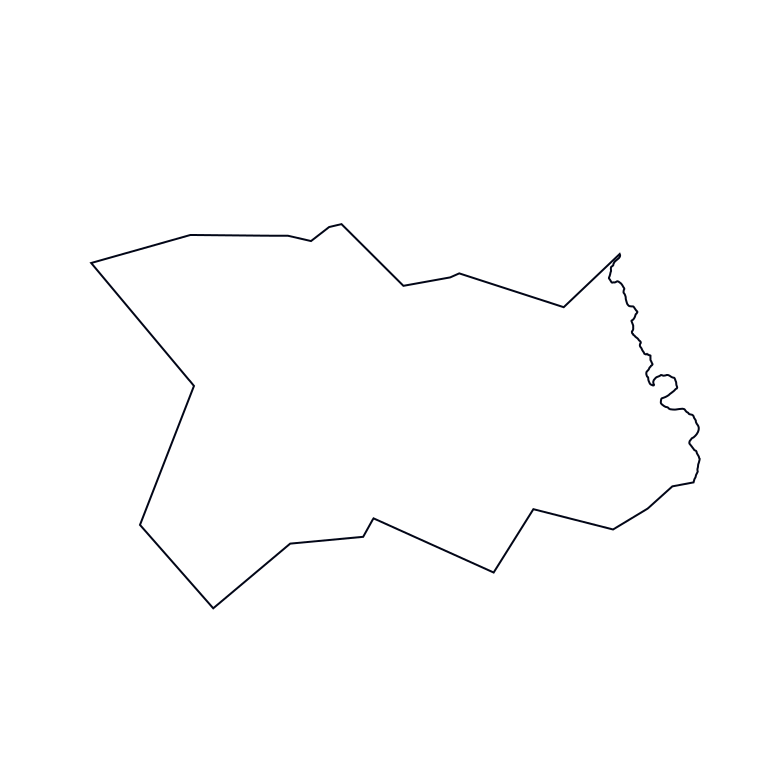 Divisaderos, Sonora, Mexico (Albers equal-area conic projection), rotated 339°
{"feature_id": "50627088B51411213680248", "entity_name": "Divisaderos", "entity_type": "district", "adm_level": 2, "iso_a3": "MEX", "parent_name": "Mexico", "parent_adm1": "Sonora", "projection": "albers", "projection_center": [-109.248, 29.625], "detail": "fine", "context": "isolated", "style": "outline", "palette": "ink", "viewbox_px": 768, "rotation_deg": 339, "n_neighbors": 0, "source": "geoboundaries", "source_scale": "gbopen_adm2", "svg_char_len": 5830}
<svg xmlns="http://www.w3.org/2000/svg" viewBox="0 0 768 768"><g transform="rotate(339 384 384)"><path d="M205.9,317.7L105.7,428.1L144.2,532.2L239.2,499.4L309.8,519.2L324.6,506.8L326.1,505.7L418.8,599.3L478.6,554.4L545.7,601.9L585.5,594.8L616.5,582.9L637.3,586.7L637.7,586.8L639.7,584.1L641.4,582.7L642.7,580.8L644.0,579.6L644.9,578.8L645.5,578.2L645.6,577.4L646.1,575.8L647.3,574.1L648.5,571.7L649.7,570.3L651.2,568.2L651.9,567.0L651.9,566.9L651.7,566.0L651.9,564.5L651.7,563.3L651.5,562.1L651.3,560.8L651.4,559.9L651.5,559.0L651.3,558.2L650.6,557.5L650.0,556.8L649.7,555.4L649.2,553.8L648.9,552.6L648.2,550.4L647.8,549.1L647.9,548.7L648.2,547.8L649.1,546.7L650.9,545.7L651.7,545.1L652.0,545.0L652.7,544.9L653.8,544.8L656.1,543.9L658.1,542.8L658.9,542.1L659.6,541.6L660.2,541.0L660.4,540.7L661.0,540.0L661.4,539.4L661.6,539.0L662.0,538.1L662.2,537.5L662.3,536.9L662.3,535.6L662.2,535.0L661.7,533.1L661.6,531.7L661.6,531.4L661.6,531.2L661.9,530.0L662.0,529.8L661.9,529.5L661.8,528.6L661.4,527.1L661.4,526.7L661.4,526.4L661.4,525.1L661.4,524.6L661.3,524.4L661.1,523.9L661.0,523.7L660.8,523.4L660.4,523.0L660.2,522.9L658.3,521.6L658.0,521.2L657.9,520.9L657.8,520.6L657.7,520.0L657.6,519.9L657.5,519.7L656.5,518.5L656.4,518.3L655.9,516.9L655.7,516.0L655.6,515.6L655.2,515.1L655.1,514.9L654.0,514.2L653.6,514.0L652.1,513.6L650.8,513.2L647.2,512.4L645.7,511.9L644.9,511.5L644.2,511.2L642.1,510.1L641.4,509.3L641.1,509.0L641.0,508.8L640.9,508.2L640.7,507.8L640.4,507.5L640.0,507.1L638.7,506.3L637.6,505.0L636.9,503.9L636.1,502.6L636.0,502.3L635.7,501.4L635.7,500.9L635.9,500.2L636.2,499.6L636.4,499.2L636.7,498.6L637.2,497.8L637.7,497.2L637.9,497.1L638.1,497.0L638.6,496.9L639.5,497.0L640.1,497.0L642.0,497.0L643.8,496.8L645.8,496.4L647.5,495.7L649.5,495.2L650.3,494.9L650.5,494.8L651.2,494.7L651.5,494.6L653.0,494.0L654.3,493.3L655.3,493.1L655.7,493.1L655.9,492.9L656.2,492.7L656.4,492.4L656.5,492.2L656.6,491.3L656.6,490.0L656.6,489.7L656.8,489.0L657.2,487.6L657.3,487.3L657.4,486.5L657.3,485.2L657.4,484.4L657.4,483.6L657.3,482.6L657.2,482.4L657.1,482.2L656.0,481.5L655.2,480.8L654.7,480.2L654.0,479.2L653.7,478.8L653.5,478.5L653.2,478.2L652.8,477.8L652.3,477.4L651.7,477.1L651.1,476.9L650.8,476.9L650.0,476.9L648.6,476.6L648.3,476.5L647.7,476.3L647.2,475.9L646.7,475.4L646.2,475.1L645.8,474.9L645.6,475.0L643.7,475.3L643.0,475.3L641.7,475.3L641.0,475.3L640.2,475.5L639.9,475.6L637.5,476.9L637.1,477.2L637.0,477.4L636.3,478.2L636.0,478.8L635.7,480.4L635.8,481.2L635.8,481.5L635.7,481.6L635.4,481.9L635.0,481.9L634.7,481.7L634.4,481.6L633.5,480.7L633.3,480.5L633.0,480.2L632.8,479.9L632.7,479.7L632.4,479.1L632.3,478.4L632.3,478.1L632.2,476.0L632.3,474.8L632.8,473.1L632.9,472.6L632.9,472.3L632.8,472.1L632.4,471.6L632.3,471.3L632.3,471.2L632.3,470.0L632.4,469.2L632.4,468.9L632.6,468.3L632.9,467.6L633.3,467.0L633.4,466.9L633.6,466.7L634.6,466.2L635.6,465.7L636.0,465.5L637.0,464.7L637.7,463.9L637.9,463.8L638.1,463.7L638.5,463.5L638.9,463.4L639.3,463.1L639.7,462.8L639.8,462.7L640.0,462.7L640.3,462.6L640.5,462.6L641.0,462.4L641.5,462.1L641.8,461.7L641.6,460.0L641.6,458.5L641.5,458.1L641.4,457.7L641.4,457.2L641.5,456.7L641.8,456.0L642.0,455.4L642.4,454.3L642.5,453.9L642.8,453.5L642.9,453.3L642.9,453.2L642.9,452.9L642.7,452.7L642.4,452.4L641.7,452.0L641.5,451.8L641.4,451.6L641.1,451.4L640.9,451.2L640.9,450.9L640.5,450.5L640.0,450.3L640.0,450.2L639.4,450.3L639.2,450.2L638.8,450.0L638.7,449.9L637.9,449.0L637.9,448.8L637.9,448.5L637.9,448.0L637.8,447.5L637.8,447.2L637.5,446.3L637.2,444.6L637.2,443.4L637.1,442.6L636.8,441.6L636.6,441.0L636.6,440.1L636.8,439.4L637.2,438.7L637.6,438.3L637.8,438.0L638.1,437.8L638.4,437.7L638.5,437.5L638.6,437.2L638.7,436.9L638.6,436.5L638.5,436.0L638.4,435.7L637.9,435.0L637.7,434.5L637.4,433.2L637.2,432.7L637.0,432.2L636.4,431.2L636.1,430.8L635.8,430.2L635.5,429.7L635.3,428.9L635.2,428.7L634.6,427.7L634.4,427.5L634.4,427.4L634.3,427.1L634.4,426.6L634.3,426.4L634.2,426.3L634.0,426.0L633.9,425.6L633.9,425.2L634.0,424.6L634.2,424.0L634.3,423.8L634.6,423.6L635.1,423.4L636.0,422.5L636.3,422.1L636.4,421.9L637.2,419.7L637.5,419.1L637.6,418.4L637.6,418.2L637.6,416.8L637.6,415.2L637.6,413.9L637.7,413.7L637.9,413.6L638.0,413.5L639.2,413.3L639.9,413.0L640.8,412.5L641.9,411.6L642.8,410.6L643.4,409.8L644.0,409.1L645.1,408.7L645.5,408.4L645.7,408.1L646.2,407.8L646.3,407.6L646.4,407.2L646.3,406.9L646.0,406.1L645.8,405.8L645.7,405.5L645.6,404.9L645.4,404.2L645.0,402.4L644.9,401.9L644.7,401.4L644.5,401.0L644.1,400.7L643.8,400.6L643.4,400.5L642.4,400.0L642.0,399.8L641.5,399.5L641.1,399.3L640.7,398.9L640.4,398.4L640.0,397.3L639.9,396.9L639.8,396.5L639.8,395.8L639.8,395.2L640.1,391.9L640.2,391.2L640.4,390.6L640.8,389.4L640.9,388.0L640.9,387.0L640.9,386.5L640.6,385.4L640.5,384.9L640.4,384.6L640.5,384.2L640.8,383.5L641.2,382.8L641.5,382.3L642.1,381.7L642.3,381.5L642.4,381.4L642.5,381.1L642.5,380.8L642.4,380.0L642.2,379.3L642.0,377.8L641.9,377.2L641.7,376.4L641.5,375.7L641.3,375.1L640.9,374.5L640.5,373.8L639.7,372.6L639.3,372.2L639.1,372.0L638.8,371.8L638.5,371.7L638.2,371.7L637.6,371.8L636.7,371.9L636.0,371.9L635.3,371.7L634.8,371.4L634.4,371.3L634.0,371.2L633.6,371.2L633.3,371.1L633.1,370.9L632.9,370.6L632.8,370.3L632.3,367.5L632.1,366.8L631.9,366.1L631.9,365.9L632.0,365.7L632.2,365.3L632.3,365.1L633.0,364.5L633.7,363.6L634.4,362.7L634.9,361.9L635.5,361.0L636.2,360.2L636.4,360.0L636.5,359.8L637.0,358.0L637.3,357.2L637.6,356.8L637.8,356.4L638.1,356.1L638.4,356.0L638.7,355.9L639.2,355.8L640.2,355.5L640.3,355.4L640.5,355.3L640.7,355.1L641.1,354.3L642.6,352.9L643.7,352.3L644.8,351.9L647.1,351.1L648.5,350.6L649.4,350.0L650.1,349.3L650.6,348.3L650.6,347.1L579.3,376.7L493.9,307.7L484.0,308.2L437.3,299.3L401.6,219.5L389.0,217.8L367.1,224.4L347.5,211.2L327.1,203.3L256.7,175.5L154.0,166.1L203.3,310.1L203.9,311.6L205.9,317.7Z" fill="none" stroke="#020617" stroke-width="2"/></g></svg>